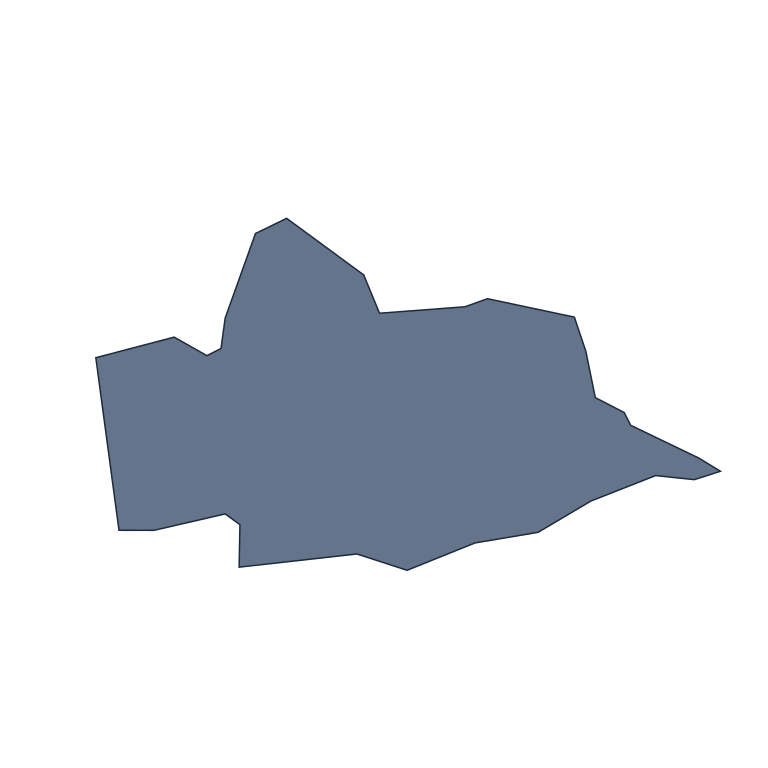 the district of Balléyara, Tillabéri, Niger, rotated 163°
{"feature_id": "23599985B53989443832132", "entity_name": "Balléyara", "entity_type": "district", "adm_level": 2, "iso_a3": "NER", "parent_name": "Niger", "parent_adm1": "Tillabéri", "projection": "orthographic", "projection_center": [2.816, 13.701], "detail": "fine", "context": "isolated", "style": "filled", "palette": "slate", "viewbox_px": 768, "rotation_deg": 163, "n_neighbors": 0, "source": "geoboundaries", "source_scale": "gbopen_adm2", "svg_char_len": 552}
<svg xmlns="http://www.w3.org/2000/svg" viewBox="0 0 768 768"><g transform="rotate(163 384 384)"><path d="M87.8,202.2L104.6,221.1L160.2,272.4L162.6,286.4L185.9,309.2L181.4,356.4L182.4,392.3L260.1,435.3L284.0,434.2L367.6,453.0L371.5,494.2L428.7,570.9L462.9,565.5L516.6,493.5L529.5,465.6L545.1,462.9L571.0,490.2L651.9,493.4L680.2,321.6L646.8,311.3L573.9,306.2L562.9,291.6L576.1,251.2L459.7,229.4L416.4,199.1L343.5,205.4L280.0,197.1L220.3,211.6L151.1,217.0L115.2,201.8L97.7,202.0L87.8,202.2Z" fill="#64748b" stroke="#1e293b" stroke-width="1.5"/></g></svg>